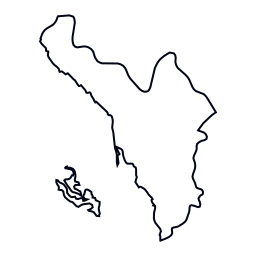 Jizan, Robinson projection
{"feature_id": "SAU-887", "entity_name": "Jizan", "entity_type": "Region", "adm_level": 1, "iso_a3": "SAU", "parent_name": "Saudi Arabia", "parent_adm1": "", "projection": "robinson", "projection_center": [42.341, 17.347], "detail": "fine", "context": "isolated", "style": "outline", "palette": "ink", "viewbox_px": 256, "rotation_deg": 0, "n_neighbors": 0, "source": "natural_earth", "source_scale": "10m", "svg_char_len": 4166}
<svg xmlns="http://www.w3.org/2000/svg" viewBox="0 0 256 256"><path d="M200.3,204.4L200.3,204.6L199.7,206.7L198.0,207.1L193.9,205.7L191.4,205.2L190.1,205.8L189.6,207.4L189.5,209.8L189.1,212.0L186.5,219.6L185.2,221.6L183.1,223.4L178.7,226.2L177.2,226.8L173.3,227.6L172.2,228.1L171.8,229.6L172.1,231.4L172.2,233.3L171.3,235.1L168.8,237.1L165.2,238.8L160.4,240.6L160.3,240.3L160.3,236.1L159.6,235.0L160.9,231.2L160.3,229.0L155.4,222.9L154.3,220.3L153.9,218.1L154.0,213.0L155.2,208.1L155.1,206.0L153.3,205.5L154.0,204.6L152.8,203.4L151.8,201.6L151.5,200.0L152.6,199.1L152.0,198.0L149.2,195.2L148.5,194.4L147.2,192.3L144.9,189.4L144.2,188.8L141.0,186.9L140.0,186.7L138.9,187.4L135.4,182.1L136.8,177.0L136.1,175.2L136.1,169.5L135.7,167.5L134.7,166.8L133.7,166.3L133.3,164.8L132.5,163.8L130.7,163.6L128.6,163.7L127.2,163.6L125.9,162.4L124.9,160.5L123.7,157.3L123.2,155.6L122.7,151.6L122.2,150.0L121.3,149.1L116.8,147.0L117.1,149.0L117.8,150.8L119.5,154.1L117.5,155.5L118.5,163.0L117.4,165.2L116.9,162.8L116.8,154.8L116.4,152.5L115.0,148.0L113.3,132.3L112.6,129.6L112.2,127.5L112.8,121.8L112.6,119.3L111.9,116.7L111.2,115.7L110.3,115.2L109.2,115.2L108.4,114.9L107.9,114.4L107.8,113.4L107.1,112.0L96.3,101.8L95.4,101.5L95.1,102.1L94.4,101.1L93.3,98.7L91.3,95.6L90.8,93.6L90.3,92.7L89.6,92.4L87.3,92.9L86.3,92.6L85.8,91.2L85.3,90.2L81.0,85.2L80.8,85.4L80.2,85.7L79.4,86.0L78.9,86.0L77.9,84.9L74.8,80.1L73.8,79.5L67.8,73.3L65.7,74.3L61.9,71.4L59.6,71.8L58.7,68.8L56.9,66.8L54.7,65.2L52.7,63.1L48.5,57.1L47.9,55.2L48.0,53.7L48.3,52.4L48.2,51.5L46.9,51.2L46.1,50.8L46.0,50.0L46.1,49.0L45.9,48.1L41.7,43.9L40.1,41.5L41.0,39.3L40.5,38.6L42.3,33.7L43.4,31.8L45.0,29.9L46.9,28.4L53.1,24.7L54.9,22.6L56.1,20.9L57.9,16.3L69.3,15.4L73.2,16.6L74.2,18.4L74.6,20.5L74.8,22.8L72.6,36.7L72.5,39.3L72.7,42.0L73.6,45.1L75.3,46.8L77.2,47.4L83.9,46.4L86.1,46.6L88.4,47.3L91.1,49.0L92.6,50.8L93.3,52.0L94.6,56.2L95.6,58.6L97.7,61.4L99.9,62.6L102.1,63.3L117.9,63.5L120.4,64.2L123.2,65.8L125.1,68.0L126.3,70.4L127.2,72.8L128.4,75.5L130.1,78.4L139.5,89.0L141.9,90.8L144.2,91.7L146.2,91.7L148.1,91.0L149.5,89.2L150.4,87.0L154.9,68.0L157.2,63.3L158.6,61.2L160.3,59.1L164.5,55.7L169.2,52.8L170.0,52.6L173.9,53.4L175.2,55.2L175.7,57.4L175.4,62.1L176.1,64.9L177.7,67.9L185.5,74.8L188.0,77.6L189.4,80.0L192.6,87.4L194.1,89.5L196.0,91.1L203.7,94.1L205.8,96.1L207.5,98.5L215.9,112.3L212.0,115.0L203.2,123.3L198.4,129.9L198.1,130.4L203.9,132.5L205.8,134.2L206.9,136.6L206.5,138.9L204.3,140.2L202.0,140.7L199.3,142.0L197.2,143.8L196.6,146.1L196.7,148.8L196.1,151.1L194.0,155.7L193.4,158.1L193.9,159.9L194.6,161.8L195.2,164.4L195.2,166.9L194.8,169.1L193.2,173.6L192.5,176.5L192.9,178.4L195.0,182.9L196.2,187.1L197.4,188.2L201.1,189.3L202.2,190.2L202.9,191.5L203.0,193.0L202.6,194.2L201.8,194.8L200.9,195.2L200.0,196.0L198.5,198.4L198.8,199.9L199.7,201.7L200.3,204.4ZM99.7,202.0L99.6,203.6L99.4,205.7L98.7,208.2L98.9,210.2L99.8,213.6L98.8,215.9L98.9,216.1L96.6,215.9L93.8,212.2L91.5,211.3L89.3,211.1L88.2,210.1L91.1,208.8L92.7,207.3L92.1,204.9L89.5,203.4L86.9,203.8L84.0,204.1L81.9,204.7L80.0,205.8L78.4,206.9L76.4,206.1L74.1,203.7L72.5,202.1L70.2,201.5L67.5,199.4L65.1,197.3L63.9,194.9L63.3,191.3L61.5,190.0L59.8,190.0L58.6,189.6L58.8,188.9L58.7,186.4L57.2,184.3L56.3,182.1L56.4,180.0L57.9,180.4L58.5,181.3L59.7,182.4L63.6,184.3L65.7,187.0L66.8,188.7L67.2,191.5L67.1,192.8L68.9,195.1L70.7,196.7L71.3,197.2L75.0,196.7L76.2,198.8L78.2,199.0L80.2,198.3L82.0,198.1L83.2,199.5L83.2,200.8L84.4,200.8L87.4,199.4L84.6,198.8L83.1,196.2L84.3,194.1L85.1,190.8L85.7,189.7L87.2,189.5L87.8,189.8L88.6,190.1L91.4,192.0L91.5,193.9L92.8,196.3L92.6,197.6L95.1,198.0L95.8,200.2L99.7,202.0ZM72.7,192.1L71.2,190.8L69.8,188.7L67.2,185.1L65.1,181.8L64.3,180.5L65.4,179.4L67.8,179.3L69.6,178.7L70.9,177.4L71.9,175.4L73.0,175.5L73.7,173.2L72.9,170.5L71.6,169.8L70.2,169.1L68.9,169.0L66.7,168.4L65.4,168.3L65.2,167.8L65.9,166.9L66.9,166.5L67.1,167.5L70.4,167.8L73.0,168.9L74.7,171.2L74.8,171.6L75.4,174.7L75.4,176.9L74.8,179.4L75.2,181.5L78.5,182.4L79.4,184.9L75.3,185.0L74.1,186.7L74.7,188.6L77.1,189.6L78.5,190.5L80.4,191.5L81.1,194.3L81.1,195.6L78.1,193.7L74.5,192.4L72.7,192.1Z" fill="none" stroke="#020617" stroke-width="2"/></svg>